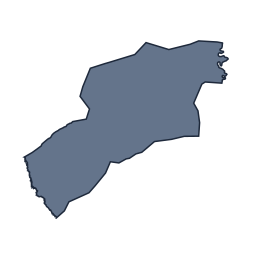 Xishig-O'ndor, Bulgan, Mongolia, rotated 85°
{"feature_id": "93677404B24557728041379", "entity_name": "Xishig-O'ndor", "entity_type": "district", "adm_level": 2, "iso_a3": "MNG", "parent_name": "Mongolia", "parent_adm1": "Bulgan", "projection": "orthographic", "projection_center": [103.627, 48.211], "detail": "fine", "context": "isolated", "style": "filled", "palette": "slate", "viewbox_px": 256, "rotation_deg": 85, "n_neighbors": 0, "source": "geoboundaries", "source_scale": "gbopen_adm2", "svg_char_len": 5212}
<svg xmlns="http://www.w3.org/2000/svg" viewBox="0 0 256 256"><g transform="rotate(85 128 128)"><path d="M142.3,58.3L128.9,56.2L117.0,56.8L109.0,60.4L90.7,50.6L88.9,47.1L91.5,30.6L89.0,29.9L88.8,30.0L88.6,30.0L88.2,29.7L87.9,28.8L87.8,27.7L87.8,27.3L87.6,26.9L87.4,26.7L87.1,26.6L86.6,26.6L86.1,26.9L86.0,27.0L86.0,27.3L86.1,27.5L86.2,28.1L86.2,28.8L86.1,29.1L86.0,29.3L85.4,29.6L85.0,29.7L84.4,29.6L84.0,29.2L83.9,28.8L84.0,28.6L84.1,28.4L84.4,28.0L84.8,27.3L84.8,27.0L84.7,26.4L84.6,26.1L83.4,25.0L83.2,24.8L82.7,25.0L82.1,25.9L81.9,26.4L81.7,26.9L81.4,27.1L80.9,27.1L80.1,26.8L79.5,26.9L78.9,27.6L78.0,28.2L77.0,29.5L76.6,30.2L76.5,30.5L76.1,31.5L75.8,32.0L75.6,32.2L74.5,32.2L73.4,32.9L73.1,33.1L72.6,33.2L71.7,33.2L70.9,33.1L70.3,32.5L70.2,32.2L70.1,31.6L70.3,31.1L70.5,30.8L71.0,30.6L72.1,30.8L73.0,30.7L74.1,30.1L74.2,29.9L74.2,29.5L73.8,29.2L71.7,28.7L70.9,28.2L70.1,26.3L69.8,25.3L69.7,24.5L68.7,23.2L68.1,22.3L67.9,22.2L67.6,22.3L66.9,22.7L66.4,23.6L66.0,25.0L65.8,25.4L65.4,25.7L64.7,26.0L64.4,26.2L64.4,26.4L64.4,27.0L64.7,28.1L64.9,28.5L64.9,30.0L64.8,30.4L64.4,31.1L64.0,31.5L63.6,31.7L62.9,31.7L62.3,31.6L61.7,31.3L61.2,30.6L61.1,30.3L61.1,29.8L61.7,29.1L61.7,28.9L61.8,28.7L61.6,28.0L61.3,27.1L60.8,26.3L60.7,26.2L60.0,26.3L59.9,26.7L59.3,28.4L59.2,28.8L58.9,29.1L58.6,29.4L58.1,29.5L57.6,29.4L57.4,29.2L57.0,28.7L57.0,28.2L56.7,27.8L56.0,27.4L54.7,27.0L54.2,26.9L53.3,26.9L52.3,26.5L51.5,26.5L50.1,31.6L47.4,50.0L50.0,58.8L53.4,80.5L44.5,102.6L55.4,114.8L61.0,141.1L61.9,145.7L65.2,160.3L82.9,169.4L92.3,173.0L105.7,164.7L115.5,168.8L116.8,182.5L117.6,183.5L118.1,184.1L118.2,184.5L118.2,185.4L118.7,186.4L118.9,187.0L119.0,187.3L119.2,187.8L119.5,188.4L121.1,189.6L121.2,190.4L121.6,191.8L121.7,192.0L122.0,192.3L122.1,192.7L122.5,193.7L123.5,196.5L124.4,197.7L125.4,200.1L126.7,202.4L128.1,204.1L130.7,205.9L131.5,207.4L131.6,207.7L131.5,207.9L132.2,209.1L136.3,214.9L137.2,215.5L138.3,216.0L144.1,225.6L147.9,233.8L148.0,233.5L148.3,233.6L148.8,233.2L148.9,232.9L149.1,232.9L149.3,232.9L149.7,233.3L149.9,233.4L150.5,233.3L150.9,233.4L151.1,233.1L151.4,233.2L151.2,232.9L151.2,232.6L151.4,232.5L152.0,232.5L152.1,232.9L152.3,232.9L152.2,232.8L152.3,232.6L152.6,232.5L152.7,232.8L152.7,232.3L152.6,232.1L152.8,231.9L153.3,231.5L154.0,231.4L154.1,231.2L154.3,231.2L154.7,231.5L154.6,231.8L155.1,231.9L155.1,232.2L155.6,231.9L156.1,232.0L156.1,231.9L155.9,231.6L155.9,231.3L156.2,231.3L156.4,231.3L156.9,231.6L157.1,231.6L158.4,231.3L158.6,231.3L158.8,231.5L158.7,231.8L158.8,231.9L159.0,231.9L159.7,231.9L160.3,231.4L161.3,231.3L161.6,231.4L161.8,231.6L162.1,231.0L162.4,230.8L162.5,230.5L162.8,230.4L163.0,230.5L163.3,230.3L163.2,230.0L163.3,229.9L163.6,229.9L163.8,230.1L164.0,230.0L164.4,230.2L165.6,230.1L165.8,230.2L166.0,230.4L166.4,230.4L166.7,230.1L166.9,230.0L167.0,230.1L167.3,230.3L167.9,230.0L168.0,230.0L168.3,230.0L168.5,230.1L169.0,229.4L169.3,229.6L169.8,229.2L170.1,229.0L170.3,229.0L170.9,229.3L171.0,229.2L171.3,228.8L171.6,228.9L171.7,229.0L171.4,229.5L171.5,229.6L171.8,229.8L172.0,229.8L172.1,229.7L171.9,229.4L171.9,229.2L172.2,229.2L172.4,229.4L172.5,229.2L172.4,228.8L172.4,228.7L172.6,228.7L173.0,229.0L173.2,228.9L173.3,228.5L173.5,228.4L173.8,228.5L174.2,229.1L174.6,228.8L174.7,228.7L174.9,228.7L175.4,228.9L176.0,228.8L175.9,229.1L176.0,229.1L176.6,229.2L177.0,229.0L177.6,229.2L178.1,229.3L178.4,228.8L178.2,228.6L178.4,228.2L178.5,228.2L178.7,228.3L178.6,228.1L178.5,227.8L178.3,227.7L178.7,227.4L179.3,227.6L179.5,227.5L179.2,227.4L179.1,227.2L179.4,227.1L179.3,226.8L179.3,226.5L179.4,226.4L179.5,226.3L179.7,226.5L179.8,226.7L179.9,226.4L179.8,226.2L179.5,226.1L179.6,225.8L180.1,225.1L180.3,225.0L180.6,225.2L180.9,224.9L181.1,224.7L181.7,224.5L182.4,224.5L182.5,224.3L182.5,223.8L182.6,223.6L182.8,223.6L183.2,224.0L183.4,223.9L183.5,223.9L183.8,224.4L184.0,224.5L184.3,224.6L184.4,224.9L184.3,225.1L184.5,225.2L184.9,225.0L185.2,224.8L186.0,224.7L186.6,225.1L186.8,225.2L187.0,224.7L187.4,224.3L187.8,224.2L187.9,223.6L188.0,223.3L188.7,222.7L188.6,222.3L188.8,221.9L188.6,221.1L188.5,220.5L188.6,220.3L189.0,220.0L189.2,219.7L189.4,219.5L189.6,219.5L189.7,219.4L189.5,219.0L189.6,218.8L190.5,218.0L190.8,218.0L191.1,218.4L190.9,217.7L191.1,217.4L191.3,217.5L191.5,217.6L191.5,217.4L191.7,217.2L192.3,217.3L192.5,217.2L193.1,217.3L193.2,217.6L193.3,217.5L193.2,217.3L193.2,217.2L193.5,217.2L194.2,217.1L194.6,217.2L194.7,217.4L194.7,217.6L195.0,217.6L195.2,217.9L195.9,217.9L196.3,217.5L196.2,217.4L196.4,217.2L197.0,217.0L197.4,216.4L198.0,216.4L199.3,215.8L199.5,215.4L200.5,214.4L201.7,213.7L203.0,213.1L203.0,212.9L202.9,212.8L202.8,212.7L202.9,212.4L203.3,212.3L203.3,212.1L203.7,212.0L204.9,211.4L205.2,211.4L205.9,211.2L206.2,210.9L206.6,211.0L206.6,210.8L206.6,210.7L206.8,210.4L206.7,210.3L206.7,210.2L207.6,210.2L207.5,209.9L207.5,209.7L207.8,209.5L208.2,209.7L208.3,209.6L208.4,209.2L208.6,208.9L208.9,208.6L209.7,208.5L209.6,208.2L209.6,207.7L209.9,207.4L210.3,207.1L211.0,207.2L211.4,207.5L211.5,207.4L205.0,198.6L196.4,193.3L189.1,172.5L182.7,165.8L170.9,154.3L160.1,148.5L162.0,140.1L158.6,132.5L158.3,129.2L154.5,122.4L153.4,116.4L143.8,102.8L143.1,85.7L141.2,72.7L142.3,58.3Z" fill="#64748b" stroke="#1e293b" stroke-width="1.5"/></g></svg>